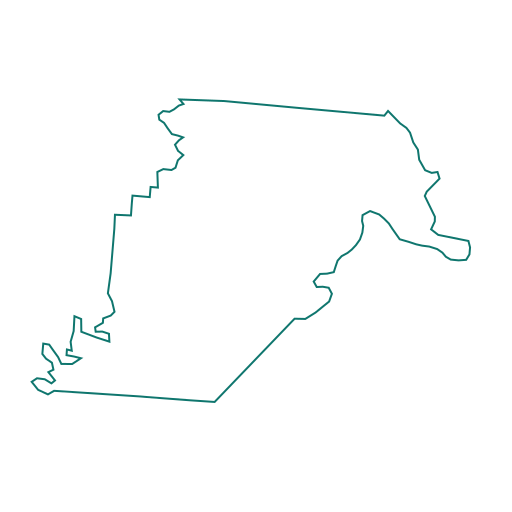 Guarani das Missões, Rio Grande do Sul, Brazil (Robinson projection), rotated 275°
{"feature_id": "56859067B89079758510007", "entity_name": "Guarani das Missões", "entity_type": "district", "adm_level": 2, "iso_a3": "BRA", "parent_name": "Brazil", "parent_adm1": "Rio Grande do Sul", "projection": "robinson", "projection_center": [-54.593, -28.176], "detail": "fine", "context": "isolated", "style": "outline", "palette": "teal", "viewbox_px": 512, "rotation_deg": 275, "n_neighbors": 0, "source": "geoboundaries", "source_scale": "gbopen_adm2", "svg_char_len": 1829}
<svg xmlns="http://www.w3.org/2000/svg" viewBox="0 0 512 512"><g transform="rotate(275 256 256)"><path d="M289.5,466.3L292.9,435.7L297.8,428.1L306.0,431.1L310.7,430.8L330.5,418.9L335.0,420.5L349.1,432.1L355.5,429.5L354.1,423.8L356.2,417.0L366.1,410.2L376.1,408.0L382.8,402.8L392.3,398.7L396.7,394.7L400.6,388.1L412.0,374.9L407.0,371.6L407.2,284.5L407.6,210.9L405.3,166.2L401.1,170.5L399.1,166.0L394.9,161.5L392.1,157.2L392.3,150.9L388.2,146.6L383.4,147.8L380.6,152.8L375.6,156.8L370.1,161.6L369.1,167.9L367.8,173.0L364.6,169.2L359.8,165.6L353.9,169.2L350.2,174.8L344.5,169.8L336.9,168.1L334.3,164.3L334.5,156.1L331.1,150.4L315.6,152.3L315.6,145.0L305.4,145.0L305.4,127.7L298.2,127.7L285.5,127.9L284.8,111.9L277.9,112.2L270.5,112.5L226.0,112.7L205.9,111.7L198.4,116.5L188.1,119.9L184.0,116.5L180.5,109.2L176.1,109.3L170.9,101.9L166.6,102.9L167.3,109.5L165.7,116.3L157.9,117.4L160.9,104.3L165.3,88.6L178.0,87.3L180.2,80.4L165.3,80.9L154.4,78.8L145.6,80.7L146.4,75.8L140.7,75.9L140.0,83.5L138.9,90.5L132.4,82.3L131.5,71.5L138.0,67.7L145.3,61.4L149.7,57.7L150.2,51.7L139.8,51.7L135.4,55.8L131.9,62.0L125.1,64.1L122.2,59.3L114.5,66.6L111.3,63.3L114.8,56.3L115.1,48.5L111.1,43.5L103.7,50.6L100.0,60.8L104.1,66.6L106.0,153.5L106.0,159.7L106.5,203.1L107.0,227.5L196.9,299.9L197.6,310.6L204.9,320.3L211.5,327.1L217.0,332.8L225.0,334.9L230.7,331.2L231.2,325.2L230.4,319.2L235.6,315.7L243.7,321.4L244.6,328.3L246.7,334.9L253.3,336.4L258.5,337.7L263.3,341.3L267.0,346.9L270.7,350.8L275.5,354.6L281.5,358.1L288.5,359.9L295.4,360.2L300.1,358.6L306.0,358.6L310.7,365.7L308.1,375.1L304.4,380.3L300.0,385.5L294.8,389.6L285.2,397.7L283.4,406.9L281.6,414.6L280.8,420.5L280.5,427.8L278.7,435.9L275.6,441.4L271.8,445.2L269.4,450.3L269.3,458.2L270.5,465.7L276.2,468.5L283.2,468.5L289.5,466.3Z" fill="none" stroke="#0f766e" stroke-width="2"/></g></svg>